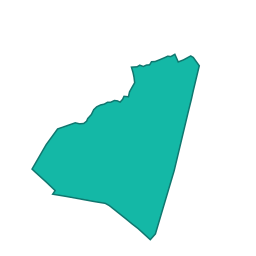 outline of Boca da Mata, Alagoas, Brazil, rotated 295°
{"feature_id": "56859067B28763804077147", "entity_name": "Boca da Mata", "entity_type": "district", "adm_level": 2, "iso_a3": "BRA", "parent_name": "Brazil", "parent_adm1": "Alagoas", "projection": "albers", "projection_center": [-36.155, -9.663], "detail": "fine", "context": "isolated", "style": "filled", "palette": "teal", "viewbox_px": 256, "rotation_deg": 295, "n_neighbors": 0, "source": "geoboundaries", "source_scale": "gbopen_adm2", "svg_char_len": 913}
<svg xmlns="http://www.w3.org/2000/svg" viewBox="0 0 256 256"><g transform="rotate(295 128 128)"><path d="M36.2,195.4L43.6,197.6L72.3,193.3L108.7,187.9L167.5,175.9L180.8,173.3L189.4,171.4L211.5,166.9L214.5,166.3L219.5,157.4L219.8,154.4L213.2,149.5L209.1,145.6L214.6,139.3L210.8,136.6L209.9,133.7L207.4,131.6L203.4,128.0L199.7,124.5L198.0,121.3L194.4,120.9L192.8,118.1L190.2,115.9L189.9,112.1L187.3,110.4L184.6,105.4L180.3,109.2L176.4,112.1L171.9,114.9L167.0,114.5L161.4,114.1L156.5,115.2L155.0,111.0L151.7,111.0L148.1,109.9L148.1,106.9L147.2,104.1L143.9,101.3L142.7,98.6L139.6,96.4L137.4,93.5L134.0,90.7L130.2,89.2L124.7,89.1L119.6,87.5L116.7,87.6L113.4,86.0L111.3,82.3L110.4,78.0L97.4,64.6L78.5,60.9L50.2,58.4L49.0,62.0L46.0,71.7L44.5,76.6L40.5,88.4L36.2,87.7L40.0,101.4L47.0,128.2L50.1,139.2L49.8,143.7L44.8,164.5L42.7,172.6L41.2,179.4L36.2,195.4Z" fill="#14b8a6" stroke="#0f766e" stroke-width="1.5"/></g></svg>